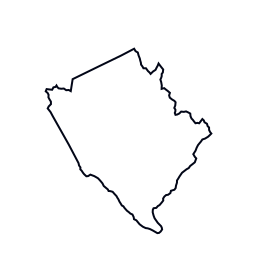 Piquet Carneiro, Ceará, Brazil, rotated 307°
{"feature_id": "56859067B98539015493985", "entity_name": "Piquet Carneiro", "entity_type": "district", "adm_level": 2, "iso_a3": "BRA", "parent_name": "Brazil", "parent_adm1": "Ceará", "projection": "mercator", "projection_center": [-39.446, -5.857], "detail": "fine", "context": "isolated", "style": "outline", "palette": "ink", "viewbox_px": 256, "rotation_deg": 307, "n_neighbors": 0, "source": "geoboundaries", "source_scale": "gbopen_adm2", "svg_char_len": 2364}
<svg xmlns="http://www.w3.org/2000/svg" viewBox="0 0 256 256"><g transform="rotate(307 128 128)"><path d="M173.7,197.9L174.2,196.0L175.2,194.0L177.2,192.4L177.4,190.5L178.9,188.5L178.6,185.7L179.7,183.9L179.9,182.0L177.7,182.0L174.6,182.0L173.9,180.4L172.4,179.0L173.0,176.6L173.5,175.0L173.8,173.0L175.0,170.9L177.0,169.0L176.7,166.8L176.2,164.4L174.5,162.9L173.1,160.6L170.4,160.2L168.4,159.2L167.1,158.0L168.2,156.3L169.8,155.8L171.2,154.8L171.9,152.9L174.4,152.2L177.2,150.5L177.6,148.7L177.3,146.0L177.4,143.1L178.8,141.2L181.3,140.3L181.5,137.6L181.5,135.2L181.6,132.9L179.5,131.3L180.9,130.3L182.3,129.4L184.7,126.8L186.2,124.7L188.1,124.3L189.7,123.7L191.4,122.4L193.3,122.4L195.9,120.9L196.8,117.4L197.3,115.6L197.9,113.6L195.7,114.2L193.5,114.5L191.0,115.0L188.2,114.0L184.8,113.5L185.3,111.9L185.5,109.7L186.5,106.4L185.0,104.4L185.8,102.6L186.5,100.3L187.9,99.0L189.3,97.1L190.6,95.6L192.3,92.8L194.2,90.4L193.9,87.8L195.0,85.2L181.9,79.0L161.4,68.5L133.7,54.4L123.0,60.1L122.7,57.8L121.0,55.9L120.9,53.0L119.2,51.1L117.9,48.7L118.2,46.9L118.9,45.3L117.2,45.4L115.6,44.0L112.9,44.4L111.7,42.4L110.1,39.6L107.8,40.2L107.6,42.8L106.7,44.6L104.6,46.0L103.6,48.1L102.7,50.5L100.7,52.1L97.5,51.7L95.3,52.1L94.7,54.4L94.1,56.6L92.2,60.7L79.1,90.7L70.2,109.6L68.6,111.5L67.9,113.7L66.3,114.8L66.0,116.7L65.2,118.9L64.7,120.8L64.4,123.8L65.6,125.1L68.1,126.0L69.3,130.1L69.8,134.2L69.5,136.1L69.0,138.5L68.4,141.0L67.1,143.5L66.8,148.9L66.0,150.4L66.9,151.8L67.8,154.1L67.2,156.9L66.7,159.8L65.9,161.5L65.3,163.2L64.1,165.4L63.2,167.8L62.4,169.7L62.7,171.4L62.0,173.5L61.3,177.0L61.3,179.3L61.1,181.4L61.6,183.6L60.3,186.1L58.8,187.7L59.3,190.2L58.1,195.2L58.1,199.2L58.7,202.3L59.7,204.1L60.5,206.3L61.1,209.7L61.7,214.7L62.9,215.9L65.0,216.4L67.5,216.3L68.7,215.0L69.5,213.5L69.9,210.8L70.2,208.8L71.9,203.6L73.4,201.2L75.6,198.4L77.7,197.0L79.3,196.7L81.3,198.7L83.5,198.8L85.5,199.6L89.2,199.8L91.3,199.8L92.8,198.5L95.1,198.3L97.4,198.8L98.8,200.2L101.5,201.0L103.7,200.1L106.6,202.2L108.7,202.2L110.9,201.0L113.8,200.0L115.6,198.7L117.5,198.6L120.2,198.3L122.3,198.2L124.8,198.1L130.3,199.6L132.5,200.6L135.1,200.5L138.4,201.4L140.8,202.0L144.8,200.8L145.2,198.7L146.4,195.9L150.5,195.6L153.6,194.7L156.5,194.2L159.1,194.3L161.0,194.4L163.6,194.3L165.9,195.9L169.2,197.2L171.5,197.6L173.7,197.9Z" fill="none" stroke="#020617" stroke-width="2"/></g></svg>